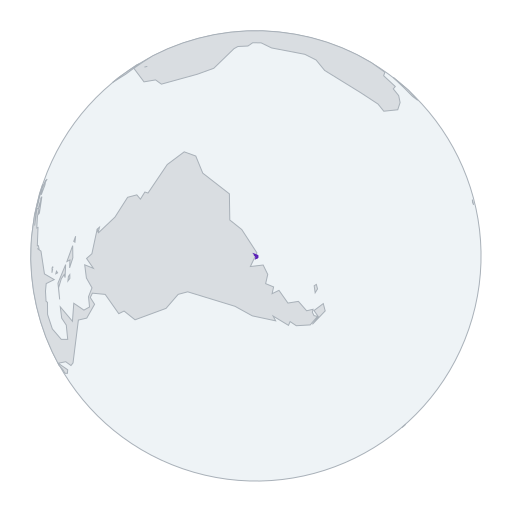 Maldonado on an orthographic globe, rotated 289°
{"feature_id": "URY-20", "entity_name": "Maldonado", "entity_type": "Department", "adm_level": 1, "iso_a3": "URY", "parent_name": "Uruguay", "parent_adm1": "", "projection": "orthographic", "projection_center": [-54.808, -34.45], "detail": "fine", "context": "on_globe", "style": "filled", "palette": "violet", "viewbox_px": 512, "rotation_deg": 289, "n_neighbors": 0, "source": "natural_earth", "source_scale": "10m", "svg_char_len": 3869}
<svg xmlns="http://www.w3.org/2000/svg" viewBox="0 0 512 512"><g transform="rotate(289 256 256)"><circle cx="256" cy="256" r="225" fill="#eef3f6" stroke="#a8b0b8"/><path d="M194.9,39.2L196.1,38.9L200.7,37.6L200.8,37.6L222.6,33.2L244.7,31.0L253.8,30.9L253.9,31.1L242.9,32.0L227.0,33.4L212.7,36.8L229.8,33.4L229.8,34.9L233.1,35.0L237.7,34.5L240.7,33.7L242.4,34.2L226.1,37.2L224.3,36.7L229.5,35.6L222.1,36.5L211.1,39.6L212.0,40.6L194.5,45.9L194.9,46.9L191.3,49.0L191.9,46.8L190.6,51.1L170.2,61.8L168.0,72.9L161.6,66.6L154.2,68.4L144.9,72.2L144.3,73.9L132.8,78.0L120.7,87.2L113.8,99.0L115.9,105.1L128.9,99.1L134.0,92.5L144.2,87.5L134.5,103.7L152.0,99.1L148.8,110.9L153.6,115.2L163.0,110.9L172.5,111.3L180.0,102.8L191.9,96.9L191.4,106.3L198.5,96.6L204.7,100.1L228.7,97.2L226.7,99.5L246.9,110.0L269.7,115.5L275.0,123.4L272.1,128.2L280.3,130.1L280.4,133.4L313.6,142.3L331.1,154.2L330.9,166.5L317.0,178.7L306.1,210.6L281.5,219.5L276.4,233.9L259.3,255.8L244.2,254.1L249.8,265.7L242.4,273.1L233.0,274.1L232.5,282.7L225.6,283.5L231.0,288.9L221.9,301.5L226.9,310.9L220.7,321.7L224.2,327.3L221.1,327.6L218.5,330.3L218.9,333.8L208.5,329.7L203.2,316.8L205.1,309.6L201.0,309.3L204.8,291.7L201.1,295.7L198.2,272.0L201.6,252.5L199.9,203.1L194.4,194.9L177.2,188.0L156.3,162.4L161.0,149.2L156.8,145.0L170.6,125.9L167.6,113.4L162.8,112.8L157.8,119.1L142.2,116.2L137.6,108.9L95.3,117.8L92.2,116.7L94.1,110.5L90.2,103.9L87.1,115.0L83.7,115.9L82.9,113.6L85.8,110.1L88.5,105.4L88.1,105.7L99.2,94.3L111.0,83.6L123.6,73.8L136.8,64.9L150.6,56.9L164.9,50.0L179.7,44.0L194.9,39.2ZM165.8,77.6L185.9,78.8L173.4,82.5L176.0,80.7L171.1,79.3L161.6,79.7L151.0,84.5L165.8,77.6ZM177.2,68.0L173.7,68.5L177.3,67.5L177.2,68.0ZM226.6,339.3L209.8,331.6L218.9,334.7L223.3,328.6L232.9,335.1L226.6,339.3ZM240.5,323.9L246.8,320.7L248.8,322.3L244.9,324.9L240.5,323.9ZM397.9,81.0L399.7,83.1L394.5,79.8L385.4,73.6L373.3,63.8L379.6,67.7L397.9,81.0ZM479.3,286.0L476.4,302.2L471.7,318.0L468.0,318.0L461.6,332.5L458.7,331.4L454.1,338.7L448.0,342.3L440.4,342.4L434.5,329.7L439.4,321.9L444.5,301.8L453.8,260.5L460.9,249.0L462.6,236.5L457.8,203.0L459.2,191.5L456.6,183.5L451.9,180.0L448.2,170.7L444.9,167.7L419.8,155.0L408.8,141.4L387.7,110.6L389.8,103.7L384.2,93.4L393.7,79.4L402.4,85.8L411.7,93.2L423.1,104.9L433.6,117.4L443.1,130.6L451.7,144.4L459.3,158.9L465.8,173.8L471.2,189.2L475.4,205.0L478.5,221.0L480.5,237.2L481.3,253.5L480.9,269.8L479.3,286.0ZM398.3,89.0L399.9,91.5L398.3,89.0ZM229.5,97.0L232.3,98.6L228.4,99.0L229.5,97.0ZM171.1,86.3L175.6,85.3L177.8,86.0L174.2,87.3L171.1,86.3ZM210.5,78.9L216.0,79.0L210.1,80.3L210.5,78.9ZM189.2,79.0L206.1,79.3L194.7,83.4L184.1,83.6L191.7,81.4L189.2,79.0ZM174.0,72.5L176.7,72.3L175.5,73.9L174.0,72.5ZM179.9,67.3L178.8,67.7L177.7,67.0L179.9,67.3ZM230.8,34.8L232.1,34.5L236.5,34.3L234.0,34.7L230.8,34.8ZM258.7,32.4L260.7,33.5L257.5,32.8L254.4,33.3L243.9,33.0L253.4,31.3L251.0,31.9L258.7,32.4ZM232.4,32.9L238.0,32.8L231.5,33.0L232.4,32.9ZM379.8,442.2L375.2,445.1L377.2,443.3L379.8,442.2ZM462.4,346.4L455.9,358.2L457.8,352.2L462.7,342.3L469.5,327.6L469.3,328.6L462.4,346.4ZM141.3,449.9L144.3,451.7L145.7,452.4L141.3,449.9Z" fill="#d9dde1" stroke="#a8b0b8" stroke-width="1"/><path d="M256.9,257.4L256.7,257.5L256.4,257.6L255.8,257.9L255.7,257.9L255.6,258.0L255.5,257.9L255.4,257.9L255.2,257.8L255.2,257.7L254.7,257.8L254.5,257.7L254.3,257.5L254.2,257.4L254.1,257.2L254.0,256.9L253.9,256.8L253.8,256.7L254.3,256.7L254.5,256.6L254.8,256.3L255.0,256.3L255.1,256.2L255.3,256.0L255.5,256.0L255.6,255.9L255.8,255.9L255.9,255.7L256.0,255.4L256.1,255.2L256.2,254.9L256.3,254.6L256.5,254.5L256.5,254.4L256.8,254.4L256.9,254.2L257.1,253.9L257.1,254.6L257.1,254.8L257.0,255.0L257.0,255.3L257.0,255.7L257.0,255.8L256.9,255.8L256.9,256.0L256.9,256.3L257.0,256.3L257.0,256.5L256.9,256.6L256.9,256.8L256.9,257.0L256.9,257.3L256.9,257.4Z" fill="#8b5cf6" stroke="#5b21b6" stroke-width="1.5"/></g></svg>